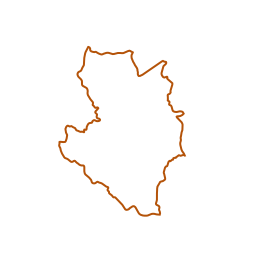 outline of Ouaka, rotated 145°
{"feature_id": "CAF-809", "entity_name": "Ouaka", "entity_type": "Prefecture", "adm_level": 1, "iso_a3": "CAF", "parent_name": "Central African Republic", "parent_adm1": "", "projection": "mercator", "projection_center": [20.78, 6.114], "detail": "fine", "context": "isolated", "style": "outline", "palette": "amber", "viewbox_px": 256, "rotation_deg": 145, "n_neighbors": 0, "source": "natural_earth", "source_scale": "10m", "svg_char_len": 5711}
<svg xmlns="http://www.w3.org/2000/svg" viewBox="0 0 256 256"><g transform="rotate(145 128 128)"><path d="M114.1,217.2L113.8,217.0L113.3,215.8L113.5,214.7L114.1,213.8L114.4,213.0L114.1,211.8L113.1,210.5L112.1,209.5L111.1,209.1L110.6,208.7L109.4,206.0L108.3,204.3L107.5,203.4L106.6,203.0L105.4,202.8L102.8,202.0L101.8,201.5L100.7,200.6L98.2,197.4L97.1,196.7L93.4,195.3L91.6,194.1L90.3,193.0L88.8,192.0L83.9,191.0L82.5,190.5L81.9,189.7L81.6,188.9L80.7,187.2L81.9,186.4L82.4,186.2L83.2,185.7L83.9,184.9L84.9,183.2L85.8,179.3L85.9,177.6L86.0,176.8L86.2,175.8L86.3,172.2L86.5,171.2L86.7,170.6L87.2,169.8L87.9,168.1L88.2,167.6L88.7,167.0L89.0,166.6L89.2,166.1L89.4,165.4L89.4,164.5L88.4,163.8L85.6,163.3L61.9,163.1L60.9,162.9L60.3,161.7L60.0,161.3L59.6,160.9L59.2,160.6L59.0,160.3L59.1,159.8L59.5,159.2L60.1,158.9L60.6,158.7L63.2,158.4L63.9,158.0L69.1,153.7L69.7,152.7L70.0,151.5L70.0,149.7L69.7,149.0L69.3,148.5L67.1,147.8L66.8,147.7L66.6,147.5L66.6,147.2L66.7,146.9L67.4,146.2L67.5,146.1L67.5,145.7L67.4,145.0L66.1,139.9L66.0,139.2L66.8,138.1L71.5,134.4L72.2,133.6L72.5,133.0L72.6,132.8L72.8,132.6L73.0,132.5L73.3,132.4L73.7,132.2L74.0,132.2L74.3,132.2L74.7,132.2L75.7,132.4L76.2,132.4L76.5,132.2L76.8,131.9L77.6,130.5L78.3,129.5L78.8,128.7L79.1,128.3L79.4,128.1L79.6,127.8L79.6,127.5L79.1,126.4L79.0,125.9L79.3,125.2L80.4,124.2L80.8,123.7L80.8,123.2L80.1,122.1L79.9,121.5L80.1,120.3L81.1,117.6L81.4,116.4L81.1,115.4L80.3,114.3L79.1,113.3L78.3,112.9L76.5,112.2L75.9,111.9L75.3,111.4L74.8,110.9L74.4,110.5L74.2,110.0L74.0,109.5L74.0,109.2L74.2,107.8L76.0,107.5L78.2,107.8L79.3,108.3L80.8,109.2L81.3,109.4L81.6,109.4L81.7,109.2L81.8,108.9L81.8,108.2L80.8,101.9L81.0,100.5L81.4,99.4L84.2,95.7L84.8,95.0L86.6,93.7L89.2,91.0L89.8,90.5L90.3,90.0L90.8,89.3L91.3,88.2L92.0,87.3L93.6,86.0L94.3,85.1L94.9,84.0L96.5,79.9L96.9,78.1L96.9,75.0L97.3,72.9L97.5,73.0L97.6,73.5L97.7,73.9L98.0,74.2L99.0,74.5L100.1,74.8L101.0,75.2L101.4,75.9L102.0,76.5L103.3,76.5L104.7,76.4L105.6,76.5L106.0,76.2L107.3,77.0L108.1,77.2L108.4,77.0L108.8,76.6L109.3,76.3L110.0,76.7L112.1,76.5L112.4,76.6L112.5,76.9L112.6,77.1L113.0,77.2L113.4,77.2L114.4,76.9L115.8,75.8L117.2,74.7L117.7,74.4L118.0,74.4L119.2,74.7L120.5,74.2L123.9,71.4L124.5,70.6L124.7,69.7L126.3,65.7L126.9,64.8L127.6,64.5L129.5,64.5L130.1,64.6L131.4,65.1L132.0,65.3L132.7,65.3L132.9,65.3L133.1,65.2L133.5,64.9L137.5,63.1L138.1,62.4L138.5,62.1L140.8,59.1L141.6,58.1L145.5,52.6L146.2,51.9L148.2,50.3L148.4,50.1L148.6,49.8L148.7,49.4L148.7,48.9L148.5,48.4L147.7,46.9L147.5,46.4L147.5,45.6L147.8,44.9L148.5,44.2L149.0,43.8L149.4,43.3L149.6,42.9L150.0,41.1L150.4,40.3L150.6,39.8L151.7,38.8L154.1,40.8L155.7,42.6L157.0,43.6L158.1,44.1L162.0,45.0L163.2,45.6L164.6,46.6L165.9,47.7L166.7,48.7L167.3,49.5L167.7,50.4L167.9,50.9L168.0,51.6L168.0,52.6L167.4,58.6L167.5,59.4L167.9,60.4L168.5,60.9L169.3,61.2L172.3,61.3L172.9,61.3L173.3,61.1L174.0,61.1L174.8,61.2L176.0,61.7L176.6,62.3L176.9,63.0L176.7,68.4L178.2,78.2L178.5,78.8L179.6,79.5L179.8,80.1L179.9,82.2L180.8,85.0L180.8,85.5L180.7,85.8L180.5,86.1L180.3,86.4L180.2,86.7L180.1,87.0L180.3,87.7L180.4,88.2L180.4,88.6L180.2,89.0L180.0,89.3L178.8,90.0L178.5,90.3L178.4,90.6L178.4,91.2L178.7,91.6L179.1,92.0L179.5,92.7L181.1,97.3L181.6,98.2L182.1,98.9L182.5,99.3L183.0,100.0L183.4,100.8L183.7,101.3L184.0,101.5L184.4,101.6L186.2,101.6L186.8,101.7L187.6,102.1L188.3,102.8L188.6,103.3L188.7,103.9L188.7,104.4L188.1,106.3L188.0,106.8L188.3,109.7L189.5,114.2L189.5,115.4L189.1,116.5L188.6,117.6L186.3,120.9L185.9,121.7L185.9,122.5L186.2,123.0L187.7,124.1L188.5,125.1L188.9,125.9L189.4,127.8L189.8,128.7L190.0,129.6L190.3,131.4L190.7,131.9L191.4,132.1L192.3,132.1L193.2,132.3L193.8,132.7L194.2,133.4L195.1,136.7L195.5,137.6L196.8,139.6L197.0,140.5L196.7,144.9L196.0,148.0L195.0,150.3L194.7,152.4L194.5,153.0L194.1,153.5L192.9,154.7L192.2,155.8L191.9,155.8L191.2,155.4L189.1,153.6L188.1,153.0L187.5,152.7L186.9,152.8L186.3,153.1L184.3,154.6L181.9,157.1L181.4,159.8L179.8,163.1L178.0,164.3L177.2,164.5L176.7,164.6L176.2,164.5L175.8,164.2L174.9,162.7L174.7,162.6L173.3,162.0L172.8,160.9L172.6,160.3L171.5,158.4L171.4,158.0L171.4,157.6L171.5,157.3L171.6,156.9L171.6,156.3L171.5,155.7L171.3,155.3L170.4,154.1L169.8,153.0L169.2,152.2L168.7,151.8L167.9,151.5L167.4,151.0L166.7,150.0L166.4,149.8L166.2,149.9L166.0,150.1L165.7,150.8L165.4,151.2L165.1,151.5L164.6,151.7L164.3,151.5L163.6,150.7L163.3,150.6L163.0,150.6L162.7,150.8L162.3,151.2L161.2,152.5L160.8,152.8L158.8,153.9L158.2,154.1L157.4,154.2L156.7,154.1L154.9,153.2L154.5,153.1L154.2,153.2L154.0,153.3L153.7,153.6L153.5,153.8L153.1,153.9L152.6,154.0L151.7,154.0L151.2,153.8L150.8,153.5L150.0,152.0L149.6,151.5L149.1,151.1L148.2,150.6L147.7,150.5L147.2,150.3L146.9,150.4L146.5,150.5L146.2,150.8L146.1,151.1L146.2,151.6L146.3,152.1L146.6,152.5L147.2,153.2L147.4,153.5L147.5,153.8L147.6,154.2L147.5,154.6L147.3,155.0L147.1,155.4L145.9,156.5L145.7,156.8L145.6,157.0L145.6,157.4L145.9,158.8L145.9,159.2L145.8,159.6L145.6,159.9L145.2,160.1L144.8,160.3L142.0,160.9L141.4,161.1L141.0,161.3L141.0,161.6L141.0,161.9L141.2,162.1L141.3,162.4L141.5,162.5L142.6,163.0L142.9,163.1L143.2,163.4L143.3,163.7L143.4,164.0L143.4,165.1L143.4,165.6L143.7,166.8L143.7,167.1L143.6,167.3L142.7,168.1L142.2,168.7L142.0,169.5L142.3,173.0L142.0,177.7L141.7,178.7L141.2,179.7L139.8,181.4L139.4,182.2L139.1,183.0L139.0,183.7L139.0,184.4L139.3,185.2L140.7,188.1L140.9,188.8L140.9,189.3L140.8,189.8L140.4,190.5L139.1,192.4L138.7,193.2L138.6,194.0L138.6,194.9L139.2,198.1L139.2,199.0L139.0,200.0L138.5,201.1L137.8,201.7L137.0,202.1L136.2,202.2L135.6,202.1L134.4,201.9L133.7,201.9L132.8,202.3L130.7,203.6L128.3,204.7L127.6,205.4L123.6,210.5L120.4,213.6L119.2,214.5L114.1,217.2Z" fill="none" stroke="#b45309" stroke-width="2"/></g></svg>